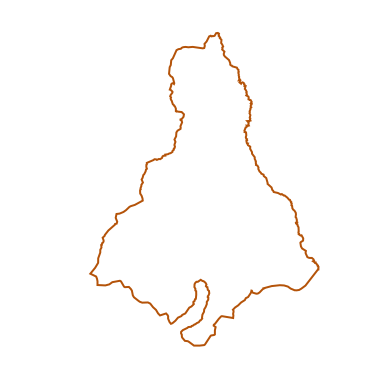 Bukombe, Geita, United Republic of Tanzania (Albers equal-area conic projection), rotated 171°
{"feature_id": "72390352B18842274411831", "entity_name": "Bukombe", "entity_type": "district", "adm_level": 2, "iso_a3": "TZA", "parent_name": "United Republic of Tanzania", "parent_adm1": "Geita", "projection": "albers", "projection_center": [31.534, -3.788], "detail": "fine", "context": "isolated", "style": "outline", "palette": "amber", "viewbox_px": 384, "rotation_deg": 171, "n_neighbors": 0, "source": "geoboundaries", "source_scale": "gbopen_adm2", "svg_char_len": 5955}
<svg xmlns="http://www.w3.org/2000/svg" viewBox="0 0 384 384"><g transform="rotate(171 192 192)"><path d="M233.4,65.1L231.8,65.5L228.6,67.4L225.5,70.1L221.9,71.1L220.9,72.1L217.6,73.1L212.8,78.2L210.5,79.0L208.5,80.4L207.7,81.1L208.1,82.1L207.7,83.4L206.7,83.7L205.8,85.6L205.2,85.6L204.8,86.3L203.9,89.8L203.4,93.4L204.1,94.2L203.8,95.9L204.5,97.7L203.9,100.5L202.9,101.8L201.7,102.6L200.3,102.4L197.1,103.9L195.6,102.5L194.5,102.1L192.9,100.3L192.2,98.4L193.0,96.9L192.3,95.8L191.7,95.6L191.7,92.9L190.7,91.7L190.8,89.2L191.9,87.2L192.7,86.6L192.9,85.6L192.4,85.2L192.8,83.1L194.6,81.1L194.9,79.0L196.7,76.0L198.3,74.2L198.9,71.8L200.9,69.2L201.8,66.2L201.7,65.4L203.5,63.9L204.1,63.9L205.7,62.3L207.7,61.8L209.5,60.8L210.3,60.8L212.1,59.8L213.3,59.7L214.0,59.0L216.7,59.2L217.8,58.5L222.7,57.0L224.6,55.6L224.9,54.3L224.8,53.6L224.4,52.9L224.6,50.8L224.5,49.8L222.3,46.1L219.5,45.3L218.5,44.5L214.1,40.0L208.7,39.1L204.0,38.9L203.1,39.3L196.2,46.9L195.6,47.3L192.6,47.3L191.7,47.7L191.0,51.9L189.8,54.9L191.5,56.6L191.2,57.5L189.9,58.2L185.4,62.5L182.8,64.5L181.9,64.7L171.1,61.1L170.4,63.8L170.5,65.1L169.7,67.2L169.6,68.5L170.0,69.3L167.5,71.2L164.1,72.8L160.8,75.2L156.7,77.0L155.5,78.7L153.0,79.5L149.5,83.3L148.7,85.3L148.3,85.1L148.2,83.8L147.6,83.0L144.4,81.5L142.9,81.4L141.0,82.2L137.3,85.0L135.4,85.6L135.6,85.8L128.0,86.6L119.8,86.2L115.7,85.3L112.1,83.6L109.7,81.2L106.0,78.9L104.0,78.5L101.5,78.5L99.2,79.4L94.6,81.8L80.1,95.4L79.4,95.6L79.6,96.1L79.0,96.9L78.8,98.4L79.4,98.8L79.1,99.7L80.1,100.8L80.1,101.4L80.7,102.3L81.4,102.6L81.1,103.2L82.0,103.5L83.3,104.7L82.2,105.2L82.6,106.6L83.9,108.1L86.6,108.6L88.2,109.6L89.3,113.5L89.3,114.3L88.7,116.0L92.1,119.0L92.9,121.2L92.9,124.9L92.5,125.4L89.9,126.6L89.4,128.8L90.6,132.1L91.6,132.0L93.2,133.6L92.8,134.2L93.2,134.7L93.2,135.7L92.8,136.3L92.3,140.5L92.9,142.0L92.8,142.8L94.2,144.8L94.2,145.2L92.8,145.2L92.7,145.6L93.3,146.3L92.8,147.8L93.1,150.2L93.6,151.0L92.8,153.7L92.8,155.4L93.8,157.7L94.7,158.6L95.4,160.1L95.3,162.7L95.9,163.3L95.3,164.9L95.9,166.0L95.5,166.5L96.3,167.8L96.5,168.9L97.3,169.2L98.7,171.5L101.1,174.1L101.8,174.1L103.6,175.9L104.6,175.6L107.3,177.6L111.3,179.2L111.6,180.5L112.4,181.5L112.7,184.0L116.1,188.2L115.9,189.1L116.5,194.2L118.6,196.5L118.6,197.9L120.7,199.3L121.0,200.3L122.1,201.7L122.9,204.4L122.5,205.8L122.9,206.9L123.3,207.9L124.6,208.7L124.3,209.8L124.5,210.2L124.3,210.8L124.4,212.0L124.1,212.3L124.9,215.0L124.6,216.5L126.7,220.4L126.5,222.0L127.8,225.5L127.4,227.7L129.4,229.5L129.7,230.8L129.3,231.2L130.1,231.5L130.2,231.8L130.3,234.0L129.6,234.4L129.9,234.9L129.4,235.6L130.1,236.3L130.3,237.7L129.5,239.5L129.3,242.4L130.5,242.9L130.2,243.3L130.7,244.2L128.9,247.4L128.2,247.5L127.4,248.2L127.6,249.0L126.2,248.6L125.5,248.7L125.9,249.7L125.4,250.4L125.6,252.4L126.3,253.4L125.0,253.3L124.3,252.8L123.6,253.5L123.1,253.5L123.4,254.6L122.9,255.6L123.4,256.3L122.3,258.8L122.9,260.8L122.3,261.9L122.5,262.7L121.4,264.4L121.3,265.4L120.2,266.4L120.7,267.0L120.5,268.1L120.2,268.8L119.7,268.9L119.1,269.8L119.2,270.4L119.9,270.6L119.0,271.7L119.7,273.6L120.6,273.8L120.7,274.2L121.7,274.7L121.2,276.7L121.4,277.5L123.3,278.9L122.5,279.8L122.8,281.7L122.3,282.2L122.8,284.0L123.7,285.6L122.5,288.2L123.6,288.4L123.3,289.3L123.6,289.8L123.3,290.2L123.8,290.8L123.9,291.7L125.0,292.4L125.9,292.2L126.6,291.3L128.0,292.9L126.7,294.8L127.0,295.3L128.1,295.2L127.4,296.2L127.7,297.6L127.4,298.4L127.7,299.6L127.4,300.7L127.6,302.5L127.0,303.3L127.3,304.1L127.0,305.4L127.8,306.3L128.2,307.8L132.5,309.8L132.8,310.5L134.0,311.2L134.3,311.8L134.1,313.4L134.8,316.5L138.4,320.8L139.1,322.4L139.0,323.6L138.0,325.6L139.9,328.0L139.4,329.1L139.5,330.0L138.5,330.7L139.1,333.0L139.9,334.6L139.1,337.7L140.5,339.8L140.4,340.0L140.1,339.8L140.0,340.1L141.2,341.9L140.8,342.6L141.2,343.2L140.6,344.2L141.6,345.1L143.3,345.1L145.3,342.7L147.1,342.6L147.6,342.9L148.6,342.7L149.1,343.4L150.7,343.0L154.0,338.4L156.5,336.3L156.5,334.3L157.4,332.3L158.9,332.2L168.6,335.2L172.9,335.5L175.7,336.3L178.1,336.4L179.6,336.0L180.6,335.2L183.1,335.2L185.1,334.5L190.0,327.0L191.9,325.4L193.1,320.7L194.5,318.8L196.2,312.3L195.0,309.8L193.5,308.5L193.0,307.3L192.5,302.2L192.9,301.5L193.7,302.5L194.8,302.3L195.7,301.6L196.0,300.1L197.9,296.6L197.1,296.2L195.6,294.2L195.8,293.2L198.0,291.0L198.6,289.9L197.9,288.7L198.5,287.6L198.3,286.4L197.8,285.4L197.2,281.6L196.4,280.9L196.2,280.0L195.5,279.3L194.9,276.9L195.3,274.3L194.8,273.9L194.3,274.2L193.4,273.6L189.7,272.6L187.8,270.0L188.6,267.6L190.7,265.7L192.0,265.5L192.1,264.9L191.0,263.9L190.9,262.3L193.1,258.8L193.1,257.3L193.5,256.1L196.6,254.9L198.1,253.3L199.0,249.4L201.1,246.6L200.5,244.1L201.9,241.5L202.0,240.6L201.7,239.8L202.2,238.3L203.2,237.7L203.3,236.6L204.7,235.8L205.1,234.6L207.1,233.7L208.5,233.6L209.8,233.1L212.6,233.1L212.6,232.1L214.7,232.2L215.6,231.7L216.2,230.4L218.3,229.4L219.5,229.8L221.7,229.2L222.4,229.9L224.0,230.2L225.0,229.6L232.1,227.8L232.3,226.3L232.8,226.0L233.2,223.9L232.9,222.0L233.9,221.4L234.6,219.6L236.4,217.1L237.4,216.4L238.6,213.7L239.8,212.2L239.0,209.0L240.9,207.0L241.1,205.8L242.3,203.7L242.2,202.7L242.9,202.1L243.1,201.3L243.4,198.5L242.4,196.3L241.9,193.4L242.0,191.2L250.5,188.2L254.6,187.6L256.1,187.1L260.0,184.4L262.8,183.0L266.9,182.0L270.0,182.1L271.4,178.4L270.5,174.3L271.4,172.5L272.9,172.5L273.2,171.8L280.6,167.1L284.8,163.2L285.1,162.4L287.4,160.8L286.9,158.1L287.0,157.2L287.7,156.0L288.7,155.6L289.4,153.8L289.9,153.9L290.0,153.6L290.1,151.3L291.6,149.3L292.1,146.5L295.0,141.2L295.8,136.7L299.5,132.3L305.2,127.2L299.9,123.5L299.4,121.2L299.3,118.6L299.9,114.9L292.2,113.3L288.1,113.7L284.8,115.4L277.1,115.6L276.1,114.8L273.9,109.1L273.1,108.5L269.2,108.1L267.6,105.8L266.8,104.0L266.6,99.1L265.8,97.1L262.2,93.2L260.8,91.8L258.5,90.5L252.8,89.8L250.7,88.3L248.5,84.3L246.0,81.2L244.5,77.4L242.9,75.1L236.6,76.1L235.3,74.1L235.0,73.0L235.4,70.9L235.2,69.7L234.5,67.0L233.4,65.1Z" fill="none" stroke="#b45309" stroke-width="2"/></g></svg>